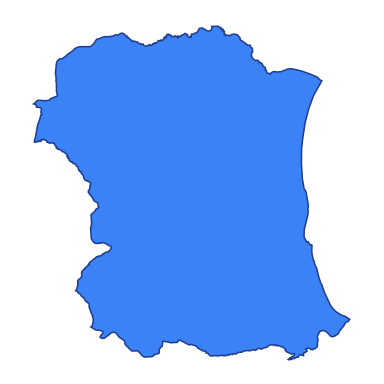 Lumajang, Jawa Timur, Indonesia (orthographic projection), rotated 271°
{"feature_id": "22746128B76070527787319", "entity_name": "Lumajang", "entity_type": "district", "adm_level": 2, "iso_a3": "IDN", "parent_name": "Indonesia", "parent_adm1": "Jawa Timur", "projection": "orthographic", "projection_center": [113.148, -8.125], "detail": "fine", "context": "isolated", "style": "filled", "palette": "blue", "viewbox_px": 384, "rotation_deg": 271, "n_neighbors": 0, "source": "geoboundaries", "source_scale": "gbopen_adm2", "svg_char_len": 5823}
<svg xmlns="http://www.w3.org/2000/svg" viewBox="0 0 384 384"><g transform="rotate(271 192 192)"><path d="M346.9,124.2L347.0,123.0L348.2,122.2L349.7,119.7L349.2,117.5L347.5,114.8L347.9,112.9L346.5,110.2L345.8,105.8L345.8,102.2L345.2,99.8L343.7,96.9L343.5,95.2L342.8,93.8L338.5,91.2L335.6,87.9L335.3,77.3L334.4,74.1L333.2,72.3L331.0,70.2L327.2,64.9L325.4,63.2L323.0,59.8L322.8,57.2L320.7,55.0L318.2,54.2L309.0,53.4L303.0,54.2L300.7,54.0L298.8,54.5L290.3,54.7L286.4,55.7L285.6,55.5L282.9,49.0L281.1,47.3L280.7,43.1L281.1,37.1L280.7,35.7L279.8,34.6L278.9,34.2L277.3,32.1L276.7,34.3L274.1,35.1L273.8,38.3L273.1,39.7L271.6,40.0L269.0,39.4L267.4,40.5L266.7,40.2L266.6,39.6L260.0,37.9L256.5,36.5L243.5,34.4L240.4,33.4L239.1,33.5L238.9,34.9L239.9,36.0L239.7,36.8L240.1,37.3L239.7,38.1L240.3,38.5L240.0,40.0L241.5,40.3L241.3,41.2L241.9,41.2L242.2,42.6L241.4,43.6L241.1,45.3L240.5,46.0L239.3,46.1L239.2,47.3L238.2,48.7L238.8,50.1L238.1,53.7L236.5,53.9L235.5,55.5L234.0,55.3L233.5,56.5L233.1,56.3L232.5,56.9L232.0,59.5L231.2,60.8L230.0,61.7L229.8,63.4L228.0,65.2L227.8,66.2L226.7,66.3L226.4,67.0L225.3,66.4L224.8,67.2L223.8,67.1L223.9,68.0L221.4,68.7L219.6,71.1L219.9,72.0L218.3,72.8L218.2,74.2L217.2,75.5L216.0,75.8L215.8,76.7L214.4,77.9L213.3,77.8L212.8,78.2L211.8,78.3L210.3,79.9L210.5,80.6L208.2,81.2L207.0,82.9L204.0,83.6L202.3,84.7L201.7,85.3L201.6,86.7L201.1,86.9L200.7,88.5L198.9,90.7L197.7,90.5L197.2,89.9L192.8,89.7L191.8,88.4L189.6,88.4L184.4,92.7L181.4,94.2L179.4,97.9L177.5,98.1L174.9,99.0L173.8,97.6L173.7,96.7L171.2,95.3L167.5,91.4L160.2,92.1L157.1,92.0L154.4,91.2L143.7,92.1L140.6,94.0L139.1,96.0L138.9,97.9L139.0,100.0L139.5,100.7L139.2,101.9L139.9,103.6L139.0,106.6L137.5,108.8L136.4,111.5L135.7,112.1L133.1,111.6L130.7,109.1L130.3,106.8L128.9,104.8L128.9,104.2L127.7,103.4L126.2,100.8L126.4,99.6L125.6,98.6L125.6,97.9L120.7,92.1L120.4,91.3L118.2,90.0L117.4,90.3L117.6,90.0L117.1,89.2L115.1,87.7L114.5,86.5L113.2,86.1L112.6,85.0L110.8,83.4L108.8,82.9L108.3,83.2L105.5,83.2L103.2,81.2L101.7,79.4L96.7,79.4L92.6,78.3L91.2,77.3L90.4,79.3L88.9,80.2L87.4,82.6L86.4,82.8L84.0,85.9L81.0,87.6L80.3,89.0L79.7,89.1L79.0,90.5L78.1,91.1L74.8,91.2L68.0,93.9L67.2,94.7L65.3,94.6L64.8,95.1L62.8,95.5L59.1,95.3L56.0,94.3L55.3,93.2L52.4,98.1L52.0,102.5L51.2,105.1L49.6,105.5L47.1,103.4L45.4,102.6L44.8,102.8L44.0,105.1L44.3,107.0L49.9,114.0L50.3,115.7L50.2,118.0L45.5,121.7L43.1,125.6L41.8,127.1L38.3,127.9L32.3,134.0L31.9,135.2L32.3,140.4L29.9,143.0L27.4,145.0L26.1,147.6L26.7,154.9L27.2,156.0L28.7,157.4L30.2,161.9L34.6,162.2L37.5,165.0L41.9,165.3L42.2,165.7L41.8,169.6L40.9,173.2L41.4,180.0L43.3,181.2L43.8,182.3L39.6,190.6L39.0,192.3L39.7,193.7L37.9,199.0L36.2,200.4L33.4,205.2L32.9,208.5L32.3,209.0L31.4,208.7L30.6,211.1L28.7,212.7L28.5,213.4L28.3,215.2L28.9,217.1L28.5,220.8L29.2,224.3L29.1,226.4L28.5,226.9L29.3,228.0L29.1,229.4L30.1,230.6L29.5,231.4L30.1,231.8L29.9,232.8L30.9,234.7L30.3,234.9L30.2,235.4L31.1,237.6L30.7,238.9L32.4,240.9L32.7,244.7L34.1,246.7L34.1,249.2L34.6,250.5L34.1,252.4L35.3,255.4L34.8,258.4L36.9,261.2L36.1,264.4L37.5,266.6L37.6,268.4L38.4,270.0L39.9,271.6L40.7,273.7L40.4,274.6L40.7,276.4L40.2,276.6L40.5,278.3L39.8,278.6L40.5,279.7L39.7,280.4L39.8,282.2L38.9,283.6L38.9,285.0L36.5,288.2L35.2,288.0L34.0,289.1L31.6,294.5L32.3,296.6L31.7,297.4L29.6,296.5L29.2,294.7L28.2,294.0L28.0,292.8L27.3,292.6L26.2,291.1L25.8,291.8L26.6,293.3L26.2,294.3L27.1,295.0L27.2,297.1L28.4,299.3L28.9,301.3L30.7,302.0L31.2,303.1L30.3,306.4L32.7,306.3L34.6,309.7L35.2,309.9L36.6,308.7L37.4,308.6L37.9,311.4L36.5,314.0L36.5,315.8L37.4,316.4L37.4,317.6L39.1,319.7L40.0,320.1L43.4,320.0L46.0,320.6L49.3,319.9L51.2,320.3L54.8,322.3L55.4,323.7L55.8,326.5L53.8,329.7L50.3,333.0L49.7,335.0L50.3,337.0L52.7,340.7L55.4,341.9L61.1,346.3L64.2,347.8L65.4,350.5L67.5,351.9L70.4,347.2L71.7,343.2L74.9,338.0L77.8,334.9L81.5,332.2L95.0,325.7L101.6,323.5L103.1,322.3L110.8,319.8L117.9,318.0L121.5,316.1L125.7,315.0L128.2,313.8L134.3,312.8L140.8,312.9L141.3,312.5L141.0,311.6L141.4,310.8L144.4,309.0L144.0,307.5L149.2,304.8L156.3,304.9L170.2,308.0L173.5,308.5L177.4,308.2L180.2,308.6L193.9,306.1L197.4,304.0L207.2,302.1L222.7,300.9L237.2,300.8L247.5,301.8L263.2,303.9L276.4,307.0L290.9,312.0L305.5,319.9L306.4,318.0L309.1,315.1L311.8,308.6L314.9,299.4L316.8,290.6L317.0,288.1L316.6,285.6L313.8,278.7L313.5,275.2L313.9,271.5L312.6,269.1L311.3,268.3L311.9,267.2L312.2,265.0L315.3,263.9L315.3,263.0L317.1,263.4L318.3,262.4L318.8,261.2L321.7,259.6L322.6,258.2L322.3,256.9L323.2,256.9L324.8,255.6L324.9,254.6L324.3,253.7L326.3,250.6L328.6,249.2L329.9,249.1L331.9,249.0L332.4,249.9L333.8,250.2L336.8,249.8L337.6,248.5L339.9,247.4L339.7,245.1L340.3,244.7L340.6,243.6L341.8,242.7L345.1,237.4L347.0,237.4L350.1,234.4L350.7,230.6L349.0,226.8L349.5,223.7L348.9,222.6L350.5,222.4L350.5,221.3L353.4,221.6L353.5,220.2L355.0,220.3L354.7,219.2L355.6,219.1L355.9,217.8L356.9,218.0L357.0,216.9L358.2,215.3L357.9,208.8L355.7,209.1L353.3,207.3L353.2,205.0L353.6,203.9L355.0,202.1L354.9,200.9L356.2,199.8L355.7,196.4L354.5,196.1L351.8,194.3L349.9,190.3L350.0,189.0L348.6,188.3L348.0,188.5L347.5,187.8L346.8,188.3L346.4,187.5L347.2,185.4L348.2,184.5L349.0,185.0L350.5,182.3L348.9,180.0L348.3,178.2L347.4,178.0L347.1,176.0L346.1,175.2L346.6,175.0L347.6,175.4L347.2,173.5L347.9,172.3L347.0,171.0L347.3,169.8L346.8,169.0L348.4,168.2L349.1,166.6L348.6,165.6L349.4,165.3L349.3,164.8L348.1,163.5L346.0,163.5L346.6,162.2L346.2,161.4L345.0,161.7L344.6,160.9L342.7,159.6L343.5,158.3L342.8,158.0L342.6,156.3L342.9,155.7L340.6,154.3L340.6,152.7L339.9,152.3L340.3,151.5L339.1,150.8L339.3,150.0L337.9,149.3L337.8,147.5L338.7,147.3L336.9,143.3L337.9,141.1L339.1,140.5L338.6,139.2L339.5,138.2L339.5,136.1L341.1,135.0L341.1,133.6L342.0,131.3L341.3,129.5L342.4,129.3L343.7,127.2L345.4,125.6L345.5,124.3L346.9,124.2Z" fill="#3b82f6" stroke="#1e3a8a" stroke-width="1.5"/></g></svg>